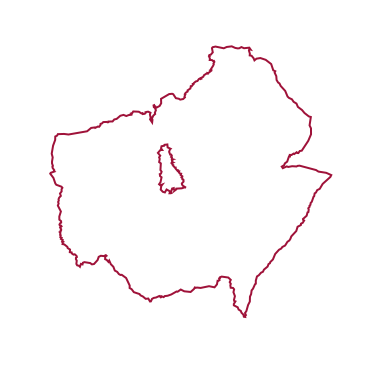 the district of Magelang, Jawa Tengah, Indonesia, rotated 345°
{"feature_id": "22746128B50341569898666", "entity_name": "Magelang", "entity_type": "district", "adm_level": 2, "iso_a3": "IDN", "parent_name": "Indonesia", "parent_adm1": "Jawa Tengah", "projection": "mercator", "projection_center": [110.25, -7.514], "detail": "fine", "context": "isolated", "style": "outline", "palette": "rose", "viewbox_px": 384, "rotation_deg": 345, "n_neighbors": 0, "source": "geoboundaries", "source_scale": "gbopen_adm2", "svg_char_len": 5952}
<svg xmlns="http://www.w3.org/2000/svg" viewBox="0 0 384 384"><g transform="rotate(345 192 192)"><path d="M326.2,150.3L324.4,149.2L321.1,144.8L319.5,141.3L316.3,137.2L315.8,133.6L313.5,131.2L312.5,128.3L310.0,126.2L309.0,124.5L308.2,118.5L305.1,112.5L304.6,109.8L303.5,108.5L302.7,105.7L303.4,101.9L302.7,98.1L303.7,96.9L302.0,95.5L301.6,88.9L297.4,83.4L292.7,80.3L288.8,79.9L286.4,81.0L286.1,78.7L284.8,75.8L283.1,75.0L283.7,73.3L283.6,70.1L284.3,68.9L285.5,69.6L284.7,67.4L279.5,66.6L277.2,64.8L274.8,65.4L273.3,65.1L271.0,64.0L268.1,61.6L263.1,60.9L259.9,61.4L252.3,57.6L249.4,57.5L248.5,58.2L248.2,62.5L245.7,64.2L244.2,64.2L243.6,65.0L244.0,65.5L243.6,65.7L243.8,68.0L243.3,69.1L245.4,69.7L246.2,70.9L247.1,71.0L247.3,72.1L246.0,73.4L246.1,74.2L245.1,75.5L242.0,78.3L242.3,79.0L241.1,79.2L241.6,80.0L238.3,81.4L237.8,81.1L237.7,81.7L236.8,81.3L233.8,82.3L232.7,83.6L230.1,84.2L230.3,85.0L229.5,85.1L229.3,84.3L227.8,84.7L226.0,86.2L224.2,86.2L221.9,87.3L221.5,88.1L220.8,87.9L220.8,88.5L219.0,89.8L218.2,89.5L217.2,91.6L214.0,92.7L213.8,93.8L211.6,94.5L210.4,95.6L210.8,96.1L209.5,97.7L209.7,98.7L207.5,99.9L204.5,99.7L203.4,98.5L200.7,97.2L199.2,92.7L198.3,92.0L195.3,91.5L186.2,94.0L185.2,98.3L183.0,100.5L179.2,101.4L178.8,99.8L177.9,99.2L177.9,98.3L177.3,98.4L177.1,100.2L177.9,101.0L178.3,103.6L176.6,105.9L176.6,107.1L174.4,108.2L173.3,109.5L172.4,109.5L172.5,112.0L171.5,114.5L170.3,111.0L171.3,109.6L171.4,106.3L172.4,104.7L170.5,103.1L169.3,102.9L167.8,102.9L167.8,103.5L166.6,104.2L164.7,104.0L164.6,103.0L163.6,103.1L161.4,100.7L156.1,99.0L154.8,100.2L153.9,100.3L154.2,100.6L153.6,101.7L150.8,101.3L148.2,101.6L145.8,99.8L142.5,99.8L138.1,101.9L135.7,101.8L133.5,103.3L129.5,102.3L129.2,102.9L128.4,102.8L127.6,102.2L124.4,101.5L122.7,102.5L121.3,102.5L120.7,103.9L119.1,105.0L118.1,104.4L115.1,105.0L115.0,104.5L111.2,104.0L106.4,106.2L87.6,104.5L83.4,102.8L77.4,101.4L76.3,102.6L74.3,103.0L73.3,106.3L69.8,111.3L66.4,118.7L66.4,122.5L64.7,126.3L64.2,128.1L64.4,130.8L63.8,131.2L63.6,132.6L64.6,135.3L63.9,136.1L64.3,136.6L60.5,136.9L59.8,137.6L61.8,142.5L62.2,148.4L62.8,149.9L67.3,153.1L67.9,154.4L66.7,155.6L66.2,157.7L64.1,159.3L64.3,161.8L62.2,163.1L61.2,164.5L61.1,165.8L60.1,167.0L60.2,168.6L58.9,170.4L60.3,176.9L57.5,181.3L56.7,184.4L58.0,186.3L57.7,187.7L56.3,188.2L55.5,189.3L55.8,190.4L56.8,190.6L57.1,191.4L55.4,192.3L56.0,194.1L55.7,195.0L55.1,195.1L54.9,196.2L53.8,196.5L54.2,197.6L53.5,199.3L54.0,199.8L53.1,201.7L54.2,202.5L53.3,203.5L54.7,204.8L54.1,205.7L54.7,206.6L53.7,206.7L54.0,208.0L53.5,208.8L55.1,209.6L57.4,212.7L57.4,214.0L59.3,216.0L58.4,218.5L60.1,219.2L60.0,220.2L61.3,221.8L62.6,221.8L63.9,223.8L64.0,225.0L62.9,225.5L62.5,226.8L62.9,228.5L61.7,231.5L62.1,233.1L63.8,234.1L64.4,235.2L66.1,232.7L67.5,233.6L68.3,232.1L69.9,231.9L75.3,234.3L76.6,236.0L78.7,236.2L83.2,233.3L85.1,230.5L87.4,230.0L90.3,231.1L92.4,230.7L92.9,231.5L91.4,232.1L90.7,234.4L92.0,235.5L93.2,237.9L94.3,236.8L94.9,240.7L96.7,243.9L97.1,247.9L99.1,249.8L100.1,252.3L101.4,253.6L102.7,253.8L106.1,258.0L107.6,266.2L106.9,268.6L108.5,270.2L109.9,273.7L114.9,277.0L115.5,278.5L117.5,280.2L119.6,283.2L122.2,283.6L123.1,286.9L124.0,287.0L125.7,284.9L127.6,284.4L130.0,284.6L133.5,284.0L134.6,285.7L135.3,285.5L135.5,284.8L137.4,286.2L138.7,285.5L141.6,285.9L145.5,285.6L151.3,284.1L152.3,284.6L155.9,283.3L158.8,285.9L164.8,288.2L168.8,286.2L170.6,284.3L170.1,285.5L172.1,285.6L175.5,286.9L184.1,287.4L189.1,289.9L192.2,287.7L193.7,284.5L194.1,284.8L195.8,284.2L195.7,283.3L196.5,282.6L196.1,282.3L196.9,281.6L198.8,281.4L204.9,284.0L206.7,286.9L205.1,288.8L205.7,290.8L204.9,291.9L204.6,294.5L206.8,295.3L207.5,296.9L206.1,299.5L206.5,303.7L204.6,307.1L204.6,308.2L205.6,308.9L203.4,311.0L203.1,312.3L206.3,315.2L206.6,317.6L208.4,319.6L208.5,321.3L209.9,323.8L209.8,325.9L211.1,326.5L211.3,325.1L212.2,324.8L211.9,322.6L213.7,321.1L216.9,315.7L219.5,312.8L220.9,308.1L222.7,305.9L224.1,302.5L225.9,301.2L229.0,297.4L229.9,297.1L230.7,294.1L232.9,290.4L235.0,289.7L237.8,287.8L239.9,287.4L241.4,285.6L245.7,283.6L247.3,281.4L248.8,281.0L249.4,280.0L252.7,278.1L256.3,273.4L261.1,270.3L263.6,269.7L265.0,268.5L268.1,267.8L271.3,264.8L273.5,264.0L275.0,262.6L276.4,260.6L282.6,256.7L285.0,252.9L288.6,252.1L289.1,250.8L291.0,250.4L292.9,248.6L292.1,247.7L292.2,246.8L296.6,244.6L298.3,241.6L299.2,241.5L300.2,239.2L300.1,237.8L301.8,236.7L301.9,235.7L303.1,235.0L303.7,233.4L305.2,232.4L308.2,228.0L308.9,227.7L310.1,225.1L311.6,224.6L313.4,222.6L316.2,222.0L320.3,218.0L329.5,213.3L330.9,211.7L326.6,208.2L319.4,205.0L317.5,202.9L302.7,194.4L300.7,194.1L299.6,194.4L295.4,193.0L291.4,192.7L290.2,191.8L285.9,192.5L285.3,190.7L288.0,189.9L289.1,188.4L291.8,187.3L294.9,182.7L295.8,183.0L296.1,181.5L297.7,182.0L300.0,181.2L300.6,181.8L303.4,180.7L303.8,181.6L304.8,181.9L306.7,180.3L308.7,180.5L317.5,172.7L321.9,167.1L323.4,161.3L322.8,158.1L326.2,150.3ZM177.6,139.3L180.5,139.7L180.0,142.6L182.5,144.7L181.7,145.1L180.3,147.3L180.6,150.2L181.5,150.4L181.9,151.5L180.9,152.7L181.6,153.3L181.1,154.9L181.9,155.4L180.9,155.4L180.8,156.3L181.3,156.2L181.0,157.6L180.0,158.4L181.0,158.8L180.0,159.1L180.3,160.8L180.9,161.2L180.7,161.9L181.8,164.0L182.5,164.2L182.2,165.1L183.0,166.8L184.1,167.4L183.7,168.2L185.0,168.7L184.4,169.6L184.9,170.8L186.2,171.5L185.4,172.6L186.7,174.3L185.6,175.2L186.3,176.3L186.0,177.2L186.9,178.1L186.5,179.8L184.4,181.1L184.3,182.2L184.8,183.6L187.3,186.2L186.0,185.6L183.1,185.8L177.8,184.7L177.5,185.4L175.3,186.3L176.1,185.1L174.6,184.4L175.1,183.5L173.7,183.5L172.1,186.0L171.9,187.7L171.1,187.7L170.0,187.4L171.0,185.8L168.1,183.0L165.7,185.4L163.9,184.3L162.4,181.6L163.9,178.2L165.3,177.1L163.1,177.3L162.2,176.0L164.1,174.4L166.4,169.9L165.3,168.4L165.5,166.4L166.8,166.2L167.9,164.5L167.2,162.6L169.3,156.3L168.0,154.6L169.4,151.7L169.2,150.0L170.7,148.7L169.2,145.4L172.3,143.3L174.1,143.7L173.4,141.8L174.4,139.9L177.1,140.1L177.6,139.3Z" fill="none" stroke="#9f1239" stroke-width="2"/></g></svg>